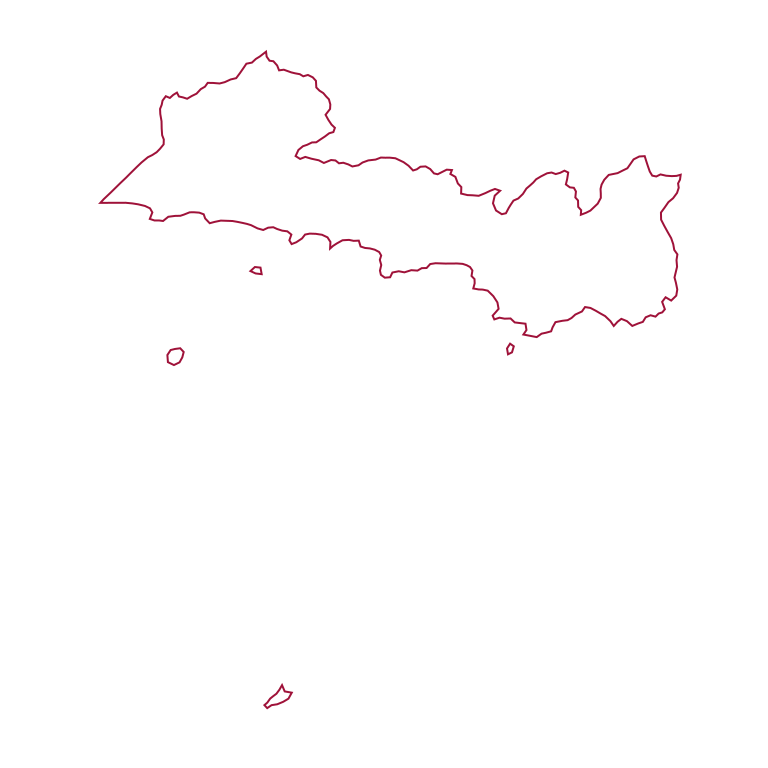 São Sebastião, São Paulo, Brazil, rotated 2°
{"feature_id": "56859067B23083476078410", "entity_name": "São Sebastião", "entity_type": "district", "adm_level": 2, "iso_a3": "BRA", "parent_name": "Brazil", "parent_adm1": "São Paulo", "projection": "orthographic", "projection_center": [-45.612, -23.878], "detail": "fine", "context": "isolated", "style": "outline", "palette": "rose", "viewbox_px": 768, "rotation_deg": 2, "n_neighbors": 0, "source": "geoboundaries", "source_scale": "gbopen_adm2", "svg_char_len": 4657}
<svg xmlns="http://www.w3.org/2000/svg" viewBox="0 0 768 768"><g transform="rotate(2 384 384)"><path d="M94.2,212.9L106.0,212.4L111.1,212.2L119.3,211.9L126.2,212.3L132.0,213.0L138.9,214.4L144.0,216.6L146.5,220.6L144.2,227.2L149.0,228.6L153.4,228.4L157.5,228.8L162.6,224.4L169.3,223.3L174.6,223.0L178.1,221.7L183.8,219.2L188.1,219.0L193.4,219.2L197.9,220.7L199.5,224.8L204.2,229.4L209.1,227.9L215.2,226.4L221.8,226.4L226.9,226.4L232.0,227.1L236.8,227.9L241.5,228.8L245.6,229.9L252.2,232.9L257.9,234.3L262.8,231.8L267.9,231.2L271.7,232.8L276.9,234.3L282.1,234.8L286.2,237.9L284.4,243.7L286.8,247.4L291.4,245.4L297.0,241.4L299.9,237.4L304.6,236.3L310.5,236.3L316.8,237.0L322.4,239.4L325.5,243.9L325.4,250.5L328.2,247.8L331.9,245.2L337.5,241.8L344.0,241.2L348.7,242.0L353.8,241.6L355.8,247.4L360.3,248.7L365.2,249.0L370.1,250.1L374.6,252.3L376.7,255.7L375.5,260.1L377.1,265.2L376.0,270.8L377.1,275.0L381.1,277.7L386.4,277.1L388.5,272.3L394.8,270.8L400.5,271.7L407.3,269.3L413.5,269.5L417.7,266.9L422.5,266.6L426.0,262.5L431.3,261.5L436.0,261.5L441.3,261.5L446.0,261.3L452.9,261.0L458.4,261.2L462.5,262.4L465.9,264.1L468.4,267.5L467.7,273.0L470.8,276.0L471.1,280.2L469.9,285.4L475.3,286.2L479.4,286.2L484.4,287.1L490.2,292.4L494.5,298.5L495.9,304.9L493.5,307.9L490.2,311.9L492.0,315.6L497.1,313.7L502.2,314.5L508.2,314.1L512.5,317.9L518.3,318.4L523.3,318.8L524.5,325.1L521.6,329.7L527.3,330.6L535.0,331.8L539.7,328.2L544.1,327.1L549.2,325.5L550.5,321.5L553.2,316.2L560.1,314.6L565.3,313.8L569.1,311.5L572.8,307.9L579.3,304.6L582.2,300.1L587.7,300.8L593.1,303.4L597.9,306.0L602.6,308.4L608.1,313.3L611.6,318.0L615.2,313.7L618.9,310.6L624.6,312.7L630.1,317.3L636.0,314.6L640.5,312.9L643.2,308.2L648.0,306.0L653.0,307.2L656.0,304.0L659.6,302.7L662.1,299.5L659.1,292.2L662.4,287.5L668.1,290.6L673.0,285.5L673.8,279.3L672.2,272.6L670.6,267.4L671.6,262.5L672.8,256.6L672.0,250.0L672.7,244.2L669.4,239.9L668.2,234.2L665.9,228.2L662.3,222.4L658.6,216.2L655.2,210.1L654.8,203.0L658.1,198.2L661.9,192.3L666.4,188.3L670.2,182.8L671.7,177.6L670.9,173.3L672.7,169.4L673.2,164.5L669.1,165.8L664.4,166.2L658.7,166.0L653.0,164.9L648.9,167.1L644.8,166.4L642.2,162.4L640.1,157.0L638.1,151.5L636.6,147.2L631.2,147.7L625.6,150.8L622.7,155.3L619.7,159.9L615.0,162.4L610.1,165.1L601.3,167.2L597.0,172.2L594.5,177.1L593.6,181.5L594.0,186.0L594.2,190.4L591.3,196.3L584.2,203.5L580.0,205.8L574.8,208.0L575.0,203.4L571.9,200.2L571.5,193.8L568.7,190.9L569.1,184.9L566.9,181.3L562.9,181.0L558.8,178.2L559.9,172.8L560.7,166.2L556.9,164.5L552.7,166.8L548.3,168.2L544.1,166.8L539.7,167.7L533.7,171.0L528.9,174.1L526.2,177.4L523.1,180.4L519.5,183.7L516.2,189.2L511.7,193.9L507.0,196.2L504.5,200.2L502.5,203.7L499.9,209.1L495.8,210.2L489.9,206.7L486.6,199.6L488.1,191.9L493.3,186.8L488.1,185.2L483.4,187.2L478.6,189.7L472.1,192.6L465.6,192.3L460.9,192.3L454.4,191.0L454.4,184.5L450.8,181.0L448.1,174.5L443.0,171.8L444.4,167.8L439.2,167.6L430.3,172.5L426.6,171.8L422.7,167.6L418.0,165.1L412.8,165.6L409.3,168.3L405.6,169.6L400.9,165.0L395.8,161.6L387.5,158.0L381.9,157.6L377.4,157.8L373.0,157.8L367.8,160.0L360.5,161.1L354.8,163.4L350.9,166.3L344.8,167.7L340.7,165.8L335.6,164.3L331.3,165.0L327.7,162.3L323.3,162.0L316.2,165.2L311.0,162.7L303.7,161.4L297.4,159.8L292.3,162.0L287.7,159.3L290.3,153.1L294.7,149.2L298.9,147.6L303.6,145.1L307.9,144.8L312.1,141.7L316.2,138.8L320.5,135.3L324.6,134.0L326.0,129.7L322.5,126.6L319.2,122.0L316.2,117.0L320.5,111.0L320.6,106.5L319.0,101.4L316.2,98.7L313.2,95.4L309.3,93.1L306.0,90.0L305.4,83.4L302.1,80.0L297.2,77.8L292.6,79.3L289.0,77.3L284.3,76.6L280.4,75.8L272.9,73.4L268.2,74.2L266.1,69.4L262.2,65.3L258.3,64.9L255.3,60.9L254.5,56.0L248.5,61.0L244.6,63.6L240.8,67.4L235.3,68.7L232.1,73.8L229.2,78.3L225.6,83.5L220.1,85.0L214.3,87.9L209.2,89.4L202.8,89.1L197.3,89.2L194.7,93.1L190.6,95.7L186.5,100.4L181.8,102.9L177.3,105.8L173.2,104.6L169.0,103.8L166.9,100.0L163.3,102.4L160.0,105.6L155.9,104.0L152.8,108.5L152.1,112.7L150.6,116.9L151.0,122.0L152.5,129.2L152.9,136.4L153.6,143.1L155.4,147.3L155.4,152.2L151.9,156.8L148.8,160.2L144.4,163.3L140.1,165.6L133.9,171.1L129.3,175.8L122.7,182.8L119.1,186.7L113.5,192.4L104.3,202.1L97.4,209.1L94.2,212.9ZM282.8,708.9L288.5,707.8L294.4,705.1L299.5,701.8L302.6,695.7L295.5,694.7L292.6,688.5L290.2,693.1L287.3,697.3L284.2,699.8L281.2,702.4L278.5,706.5L275.7,709.1L278.6,712.0L282.8,708.9ZM178.9,369.5L181.5,364.4L182.7,359.0L179.1,355.4L173.8,356.3L169.6,357.5L166.5,362.6L167.3,369.7L173.4,372.4L178.9,369.5ZM256.5,272.0L250.9,271.6L246.6,275.8L251.8,278.0L257.9,278.5L256.5,272.0ZM510.8,347.9L512.4,341.8L508.6,339.3L505.7,344.2L506.9,350.0L510.8,347.9Z" fill="none" stroke="#9f1239" stroke-width="2"/></g></svg>